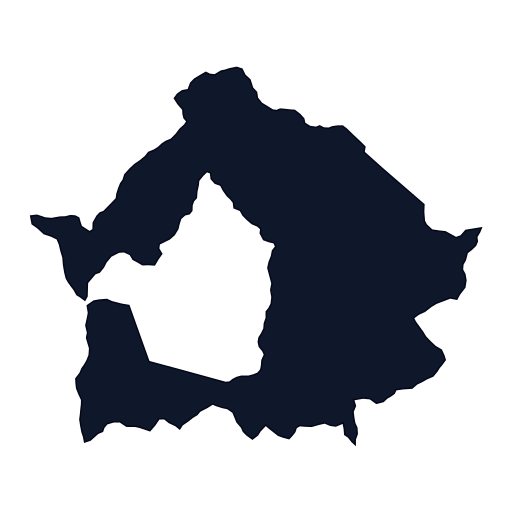 Monte Aprazível, São Paulo, Brazil (Albers equal-area conic projection)
{"feature_id": "56859067B72421879986943", "entity_name": "Monte Aprazível", "entity_type": "district", "adm_level": 2, "iso_a3": "BRA", "parent_name": "Brazil", "parent_adm1": "São Paulo", "projection": "albers", "projection_center": [-49.795, -20.728], "detail": "fine", "context": "isolated", "style": "filled", "palette": "ink", "viewbox_px": 512, "rotation_deg": 0, "n_neighbors": 0, "source": "geoboundaries", "source_scale": "gbopen_adm2", "svg_char_len": 4312}
<svg xmlns="http://www.w3.org/2000/svg" viewBox="0 0 512 512"><path d="M481.3,227.9L465.8,230.4L461.0,235.9L456.0,237.7L445.3,231.8L439.5,231.2L432.0,230.1L426.3,224.8L424.3,220.9L423.6,211.8L423.9,204.5L382.0,168.2L364.0,152.1L364.9,146.8L360.1,142.0L352.5,134.9L346.3,128.9L342.7,126.1L337.7,126.1L332.6,126.8L328.6,128.3L323.7,128.0L319.6,125.9L316.1,127.4L309.9,126.5L304.7,123.2L303.7,118.7L299.8,114.4L294.6,110.4L290.3,110.1L284.9,109.5L280.2,109.1L276.7,110.6L272.7,110.1L267.2,106.7L261.6,103.3L257.4,98.0L256.5,92.2L252.5,87.9L251.2,83.6L249.9,79.7L244.9,75.1L242.0,69.1L236.7,67.4L229.3,68.9L225.5,70.2L221.1,71.1L214.8,74.9L209.9,74.4L205.8,72.4L199.6,76.0L194.6,79.0L190.7,83.0L188.2,89.7L182.2,90.8L177.5,94.1L174.4,98.3L178.1,104.0L182.9,109.5L183.1,113.9L184.1,118.0L187.0,121.4L184.6,125.0L180.0,129.1L176.2,134.2L171.1,139.3L165.8,141.5L162.2,143.9L158.3,147.5L154.2,150.1L148.6,152.4L145.3,156.6L139.9,161.0L135.0,164.3L130.0,168.9L124.8,174.7L123.2,180.0L120.7,183.5L118.9,187.9L117.0,193.8L116.4,198.5L112.7,202.4L109.2,206.0L103.8,211.5L99.9,213.0L97.0,216.1L93.3,222.7L93.1,229.5L89.6,231.8L81.3,226.4L79.9,222.2L78.7,217.9L75.0,216.0L70.4,215.7L65.2,217.0L60.2,217.1L51.4,218.6L45.0,218.0L41.3,216.7L36.9,215.3L30.7,216.0L32.2,223.9L37.6,227.7L44.0,233.6L51.2,236.0L57.2,238.9L59.5,244.4L61.1,251.2L63.0,257.4L63.6,264.9L64.9,272.5L66.3,278.2L68.4,281.9L71.1,285.7L74.2,289.8L76.9,294.7L80.2,296.7L84.9,300.2L87.0,296.3L87.2,289.2L87.4,282.8L91.1,278.4L95.2,273.6L99.4,272.2L103.5,267.1L105.9,262.3L111.0,256.1L118.9,252.1L124.1,251.7L130.2,254.5L133.1,259.4L138.0,262.0L142.5,264.7L148.4,264.5L154.5,264.9L158.2,258.7L161.7,253.8L158.6,248.6L159.2,244.0L163.9,241.7L169.5,238.9L174.2,234.8L177.8,228.9L179.0,223.8L180.7,218.5L184.9,214.8L189.4,213.7L191.8,210.6L192.0,205.1L193.5,200.9L196.3,197.9L196.8,191.4L198.2,185.0L198.6,180.6L202.7,175.5L206.8,171.5L210.6,172.9L211.2,178.8L215.1,183.2L220.7,185.2L223.4,190.3L227.1,195.6L230.8,199.1L233.4,202.4L234.1,207.9L240.3,210.4L243.0,215.2L247.1,219.4L252.0,223.6L257.5,225.9L260.8,228.9L260.3,233.3L263.7,239.7L269.4,241.7L273.9,242.7L275.8,246.5L272.5,250.8L271.5,256.3L269.2,262.0L267.9,267.9L270.2,276.6L272.0,283.4L270.8,290.0L272.0,297.2L271.2,304.0L268.8,308.6L266.3,311.6L266.3,317.9L264.4,323.4L264.0,328.7L261.5,333.8L259.1,337.5L258.3,341.9L259.3,346.5L262.9,351.0L264.5,354.7L262.0,360.2L261.6,365.7L260.7,369.9L257.8,373.2L253.5,375.0L248.4,376.3L241.2,376.3L236.8,377.5L232.9,379.5L229.7,382.1L225.6,382.5L179.7,369.9L148.9,361.6L128.9,305.5L122.1,304.4L111.9,301.8L106.8,299.5L99.2,300.1L93.8,301.1L87.3,305.6L88.5,313.0L87.2,319.5L85.9,325.4L87.6,332.7L86.6,337.8L87.8,341.9L89.7,348.3L89.2,355.2L87.0,360.7L84.6,364.9L82.1,368.4L80.0,373.3L75.9,378.6L76.1,383.0L76.7,388.3L79.2,394.5L81.7,399.8L81.6,404.4L81.1,408.6L80.5,414.8L79.9,419.4L80.9,426.1L82.1,432.2L83.6,436.6L84.6,442.0L90.3,440.1L93.9,436.9L97.9,433.3L102.5,431.4L103.8,427.6L106.9,423.8L113.6,421.8L120.0,421.8L126.6,426.2L135.5,426.3L139.8,427.3L144.6,428.9L149.9,430.7L154.9,424.9L159.0,418.8L164.4,418.7L169.1,422.5L175.7,425.6L179.7,428.9L182.2,424.9L187.7,421.1L192.7,417.2L197.0,414.6L199.8,411.2L203.2,409.4L207.1,407.4L212.6,403.9L216.3,405.5L222.2,407.4L227.5,408.5L233.0,412.3L237.0,422.0L241.6,427.4L243.4,431.5L246.9,435.0L252.4,439.0L257.5,435.1L260.0,431.1L265.7,425.1L269.6,428.4L278.4,435.3L283.4,437.1L289.0,438.6L292.1,435.3L294.8,431.8L296.2,427.6L299.7,425.6L304.6,426.0L311.6,426.3L319.0,424.2L324.8,422.9L330.2,425.2L335.7,426.0L343.2,422.9L344.3,428.7L344.8,434.6L348.5,437.1L351.9,441.5L355.2,444.6L355.2,439.4L357.2,433.9L356.8,427.8L354.7,423.2L353.8,418.3L353.0,411.7L355.4,405.9L353.5,399.7L363.0,398.0L370.1,398.7L376.4,403.3L383.3,401.5L387.0,398.0L390.7,395.9L394.2,393.4L395.9,389.7L403.0,388.7L412.0,388.1L416.9,383.9L421.9,381.5L426.8,378.7L433.0,376.0L437.1,371.0L439.2,367.6L441.9,364.4L445.2,359.9L443.9,355.7L441.3,350.0L435.3,346.5L430.1,341.6L425.6,336.9L422.7,332.1L419.0,327.0L415.2,321.7L413.4,318.0L418.5,314.2L424.6,311.4L430.9,306.5L436.3,303.2L444.0,300.3L450.2,297.9L456.8,299.2L459.5,294.2L464.8,287.3L465.9,280.3L464.8,274.1L462.4,269.7L462.8,264.5L465.3,260.0L467.2,252.7L471.5,249.4L475.6,245.4L477.3,241.4L476.7,236.9L479.6,232.0L481.3,227.9Z" fill="#0f172a" stroke="#020617" stroke-width="1.5"/></svg>